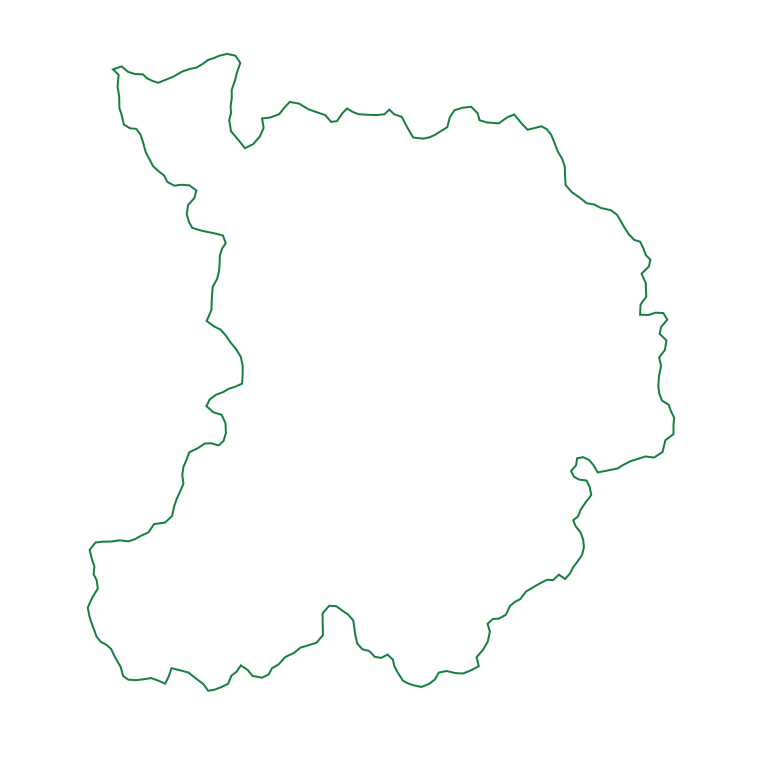 Frei Gaspar, Minas Gerais, Brazil, rotated 184°
{"feature_id": "56859067B78041749577880", "entity_name": "Frei Gaspar", "entity_type": "district", "adm_level": 2, "iso_a3": "BRA", "parent_name": "Brazil", "parent_adm1": "Minas Gerais", "projection": "robinson", "projection_center": [-41.496, -18.141], "detail": "fine", "context": "isolated", "style": "outline", "palette": "green", "viewbox_px": 768, "rotation_deg": 184, "n_neighbors": 0, "source": "geoboundaries", "source_scale": "gbopen_adm2", "svg_char_len": 4168}
<svg xmlns="http://www.w3.org/2000/svg" viewBox="0 0 768 768"><g transform="rotate(184 384 384)"><path d="M660.8,205.7L666.1,197.9L663.0,188.4L660.1,181.6L660.5,174.2L656.9,168.1L655.2,160.0L659.9,151.1L663.9,140.3L661.7,131.9L659.3,125.6L656.1,118.8L653.1,111.9L648.5,107.0L642.6,104.4L637.7,100.6L633.1,92.4L626.9,83.3L623.9,74.5L618.4,71.2L610.9,71.2L603.6,72.6L595.8,74.4L588.4,72.3L581.3,69.8L578.5,76.9L576.1,85.7L568.1,84.3L558.9,82.5L550.9,77.0L543.2,72.0L538.0,65.7L531.5,67.3L525.3,70.2L518.6,74.1L515.8,82.5L510.9,86.8L507.2,93.3L500.1,89.3L494.8,83.6L485.1,82.5L478.9,86.1L475.9,92.6L469.4,97.1L463.4,104.8L455.1,109.4L449.0,115.2L442.1,117.7L433.3,121.2L427.4,129.2L428.3,139.2L429.3,150.9L423.2,159.0L416.0,159.0L409.3,154.7L403.8,151.6L398.1,145.9L396.7,139.2L395.1,131.7L392.6,123.3L387.1,117.9L380.0,116.6L374.2,111.2L367.7,110.6L361.5,114.3L355.8,109.5L354.1,103.5L349.9,96.7L344.4,89.3L338.5,86.8L332.9,85.4L325.5,84.4L318.2,87.9L312.6,92.8L309.2,99.9L301.6,102.1L292.9,100.6L284.9,100.7L277.0,104.6L269.8,109.1L272.6,117.9L266.8,125.6L262.5,134.2L261.1,144.4L264.0,152.0L259.0,157.2L253.2,157.9L246.4,162.2L242.8,171.4L238.3,175.7L232.9,179.1L228.0,186.8L220.2,192.2L213.8,196.5L207.6,200.1L201.8,200.1L196.2,206.0L189.8,202.1L185.2,208.1L182.5,214.5L178.4,220.6L174.4,227.6L173.2,235.1L174.4,242.4L177.5,249.6L182.9,255.6L185.8,261.3L181.1,265.5L179.1,272.2L174.4,280.3L169.5,287.7L171.7,295.9L175.3,301.9L182.5,302.2L188.0,304.7L191.3,310.3L186.7,316.4L186.2,323.4L180.3,324.9L174.1,322.5L169.5,317.8L164.6,310.7L152.8,313.9L144.9,316.1L139.7,320.0L132.9,324.1L125.5,327.0L118.4,329.9L109.4,329.5L101.4,335.6L99.4,347.5L91.7,354.3L92.3,362.4L92.3,370.8L95.6,376.5L98.6,383.2L105.5,386.8L108.8,393.9L110.2,400.9L110.2,410.8L108.9,421.4L111.4,429.6L106.1,437.7L105.3,447.2L112.6,453.3L111.4,460.4L105.9,467.9L110.2,474.2L118.1,474.1L124.9,471.3L133.4,471.0L133.6,481.2L128.5,489.4L129.9,502.9L134.8,512.0L127.9,519.8L127.0,526.6L131.7,530.7L134.8,537.5L138.4,543.8L144.4,545.2L150.4,550.6L155.4,557.3L159.4,563.4L163.3,569.0L169.8,573.2L179.8,574.7L186.8,577.7L194.5,578.5L202.2,583.8L210.1,588.5L216.7,595.1L218.1,605.7L218.7,613.1L221.9,620.9L227.1,628.4L230.7,636.4L234.8,644.6L239.4,649.5L245.0,652.1L252.0,649.7L258.5,647.7L264.1,652.7L268.3,657.1L272.9,661.9L279.4,658.8L287.7,652.0L299.7,652.1L307.1,653.8L309.6,660.8L316.3,666.6L324.4,665.2L332.7,662.1L337.0,654.6L338.8,644.6L345.8,639.6L350.5,636.1L355.7,633.3L361.9,631.5L372.1,631.9L379.1,642.2L384.9,651.7L392.7,653.8L397.9,658.1L402.4,653.1L410.5,651.7L419.5,651.4L428.7,651.4L434.8,653.5L440.1,656.3L444.3,651.3L449.3,642.9L455.1,641.8L461.3,648.1L470.6,650.6L478.6,652.8L488.3,657.8L497.7,658.8L502.4,653.1L507.4,645.8L516.4,641.8L524.2,640.4L521.9,631.2L525.2,622.1L531.2,614.2L539.1,609.5L546.0,617.0L554.3,625.5L556.8,636.6L555.5,643.6L556.4,650.2L555.8,658.3L556.4,666.9L553.9,676.1L552.3,684.9L549.7,694.2L555.2,701.2L563.7,702.3L570.9,700.1L576.4,697.3L582.2,694.9L587.8,690.2L593.3,686.5L599.2,684.9L606.8,681.8L615.8,675.8L624.0,671.8L630.2,668.7L635.8,670.1L641.5,672.3L646.2,676.1L653.7,675.8L661.0,677.5L667.8,682.5L676.3,679.0L670.3,673.9L670.6,662.6L668.2,652.0L667.2,640.7L664.7,634.8L661.6,624.6L654.9,621.3L649.0,621.3L644.4,616.0L641.3,608.6L638.0,598.9L633.4,591.5L629.6,585.2L623.8,580.6L617.9,576.7L614.2,570.4L606.9,567.2L600.4,568.6L592.0,568.6L584.7,563.9L586.2,556.2L592.0,548.8L592.6,539.5L589.9,532.1L586.2,526.4L577.6,524.4L570.2,523.3L562.5,522.3L555.1,520.9L551.7,513.5L554.9,507.8L556.7,500.9L556.4,493.6L556.4,485.4L557.9,477.0L561.7,468.8L561.7,456.0L561.3,445.8L565.3,434.5L557.6,429.6L550.6,426.7L545.3,421.4L540.1,414.8L534.2,408.7L528.7,401.0L526.2,392.1L525.6,381.5L525.6,374.4L533.0,370.6L538.6,368.4L543.7,364.8L550.6,361.7L556.7,356.6L559.6,349.6L552.5,344.0L543.8,341.9L539.4,333.8L538.3,324.1L540.1,316.0L544.7,311.2L552.4,312.8L558.6,312.1L565.7,306.7L573.6,302.2L575.9,294.1L578.3,287.3L578.9,279.2L577.1,270.5L579.8,262.9L582.8,254.8L584.8,247.3L586.2,237.6L592.8,230.4L603.5,228.3L608.7,219.5L616.1,215.5L621.7,211.8L627.8,209.2L636.8,209.6L645.3,207.8L653.4,207.1L660.8,205.7Z" fill="none" stroke="#15803d" stroke-width="2"/></g></svg>